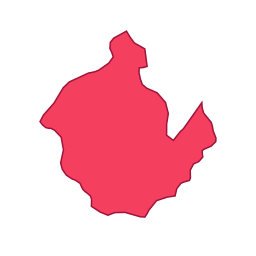 the border of Bingöl, rotated 153°
{"feature_id": "TUR-2308", "entity_name": "Bingöl", "entity_type": "Province", "adm_level": 1, "iso_a3": "TUR", "parent_name": "Turkey", "parent_adm1": "", "projection": "albers", "projection_center": [40.639, 39.029], "detail": "fine", "context": "isolated", "style": "filled", "palette": "rose", "viewbox_px": 256, "rotation_deg": 153, "n_neighbors": 0, "source": "natural_earth", "source_scale": "10m", "svg_char_len": 1127}
<svg xmlns="http://www.w3.org/2000/svg" viewBox="0 0 256 256"><g transform="rotate(153 128 128)"><path d="M106.0,54.7L112.1,51.8L116.9,46.1L124.7,48.7L135.5,50.3L146.4,45.5L150.0,42.9L153.4,41.0L157.2,43.2L169.0,54.2L178.2,58.6L185.5,59.4L191.0,65.8L196.2,74.8L192.9,80.8L192.3,84.4L194.2,89.1L194.9,90.4L196.0,93.4L196.1,95.8L195.9,100.6L198.7,105.6L201.0,108.0L204.4,114.1L205.3,121.0L203.9,127.4L195.4,137.9L191.7,150.2L194.4,159.3L197.0,162.9L198.5,163.5L201.1,165.7L202.7,169.5L203.5,173.6L197.5,177.9L182.6,183.8L167.4,193.3L159.4,195.7L138.3,194.9L132.2,193.2L127.9,192.8L115.8,194.5L108.9,198.0L108.2,202.4L108.0,207.1L104.8,212.4L99.8,214.6L85.4,215.0L84.9,207.7L83.7,200.8L77.1,190.9L83.0,174.2L86.8,174.9L90.8,176.5L93.1,172.2L94.7,166.1L95.5,160.3L93.3,155.0L86.0,146.0L83.0,133.7L85.5,122.6L91.7,114.1L96.9,104.0L93.2,96.4L83.1,101.0L78.9,102.2L50.7,117.1L52.8,112.2L53.8,107.0L51.3,95.0L52.1,90.9L53.4,86.9L54.2,79.1L56.0,76.0L62.0,74.1L70.6,74.6L72.3,73.9L73.5,71.3L74.5,68.2L80.0,66.0L86.0,66.2L91.7,62.1L95.1,55.0L97.1,53.4L102.8,54.5L106.0,54.7Z" fill="#f43f5e" stroke="#9f1239" stroke-width="1.5"/></g></svg>